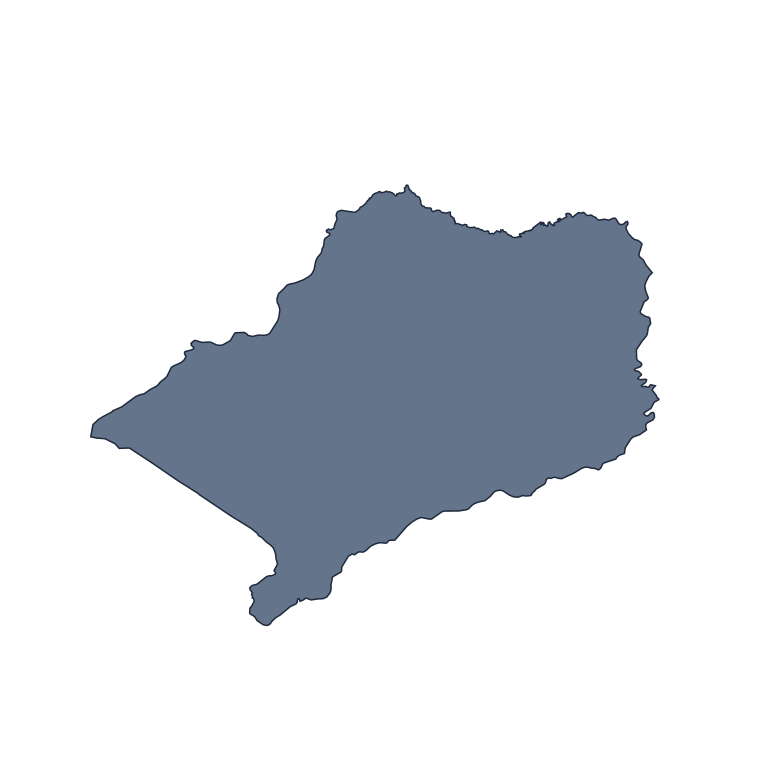 outline of Lacluta, Viqueque, East Timor, rotated 68°
{"feature_id": "22284137B55605414153919", "entity_name": "Lacluta", "entity_type": "district", "adm_level": 2, "iso_a3": "TLS", "parent_name": "East Timor", "parent_adm1": "Viqueque", "projection": "robinson", "projection_center": [126.14, -8.806], "detail": "fine", "context": "isolated", "style": "filled", "palette": "slate", "viewbox_px": 768, "rotation_deg": 68, "n_neighbors": 0, "source": "geoboundaries", "source_scale": "gbopen_adm2", "svg_char_len": 6154}
<svg xmlns="http://www.w3.org/2000/svg" viewBox="0 0 768 768"><g transform="rotate(68 384 384)"><path d="M323.1,675.7L326.5,670.6L330.2,663.3L338.7,655.7L344.5,653.6L347.9,644.2L348.6,643.6L371.2,628.0L396.6,611.2L415.6,597.5L417.7,596.5L449.3,575.1L467.7,561.6L474.9,557.5L477.8,557.0L480.3,554.9L486.4,552.3L490.0,550.0L493.4,548.4L495.6,547.9L501.0,548.2L505.6,549.6L511.0,550.1L515.7,555.8L518.8,555.2L519.6,556.4L519.8,558.4L519.5,560.7L518.8,562.2L518.6,565.2L521.8,575.9L522.0,577.5L521.4,581.4L522.4,584.6L524.4,585.2L528.2,584.3L529.6,585.7L531.4,585.4L532.9,586.3L533.9,585.3L536.8,585.7L540.3,589.8L541.6,592.3L545.8,594.3L546.9,594.3L551.2,591.1L555.8,590.3L561.8,586.3L563.9,583.3L564.2,581.6L563.7,579.2L562.0,576.7L560.2,572.2L559.3,566.8L555.3,554.3L554.9,547.9L553.4,545.8L552.6,545.9L550.8,544.1L551.3,543.1L554.0,543.3L554.1,540.5L553.3,536.5L556.9,532.5L558.5,525.8L560.2,521.0L560.1,516.9L557.6,512.6L556.3,511.2L553.3,509.4L551.1,508.8L543.6,504.1L542.3,494.5L541.0,493.1L538.0,491.9L530.3,481.5L529.7,477.3L531.3,475.2L530.3,471.4L530.4,469.7L532.1,466.2L531.6,462.9L529.3,457.0L529.0,451.8L529.6,447.2L532.1,442.3L532.4,440.9L531.1,438.3L531.0,437.2L532.9,432.6L524.6,416.2L522.4,409.4L521.5,404.0L521.7,399.5L526.6,392.0L527.0,390.3L524.2,378.3L524.3,376.0L529.8,362.0L531.5,354.5L531.4,352.3L529.5,348.1L528.7,344.5L529.0,339.8L530.0,334.1L528.0,327.5L525.4,322.5L525.1,320.5L525.3,318.8L526.1,315.9L527.6,313.7L533.9,309.4L536.6,306.8L537.9,304.8L539.2,302.0L539.4,297.0L540.9,294.7L542.3,290.4L542.1,288.8L540.6,287.5L539.6,284.2L538.5,282.6L536.9,272.9L536.1,271.3L533.4,269.2L533.0,268.2L532.9,266.5L534.0,264.7L534.2,260.9L537.0,257.3L538.4,254.6L537.7,241.2L536.2,231.9L536.5,228.5L537.6,225.9L539.4,223.8L541.3,220.1L544.0,217.3L543.4,214.8L539.6,210.6L540.4,197.1L539.2,195.7L538.2,192.5L538.5,187.1L533.5,184.2L527.5,175.8L526.5,173.2L526.7,165.8L524.9,157.8L521.5,157.3L519.6,156.3L518.6,154.5L518.0,148.1L516.2,145.7L513.2,144.7L511.5,144.8L511.0,145.6L510.8,147.2L512.4,151.1L511.8,152.8L509.8,154.1L508.8,154.2L508.1,153.7L506.6,145.6L502.1,140.3L501.5,135.1L500.6,134.8L499.0,135.8L496.3,135.9L490.2,137.6L489.5,137.2L487.3,133.1L484.5,137.2L486.1,139.8L485.8,140.9L484.3,142.1L482.9,146.0L481.9,145.9L481.6,145.3L480.7,141.1L478.9,139.1L478.2,139.0L477.6,139.7L475.9,144.9L474.1,146.7L473.0,144.9L472.3,142.4L471.5,141.7L468.4,142.9L467.1,143.9L465.5,146.4L464.3,146.4L463.9,145.4L464.0,139.6L462.8,137.8L461.0,137.6L457.2,140.1L455.4,140.3L446.8,137.2L440.8,128.4L437.7,122.6L436.2,121.1L430.5,117.7L427.9,114.2L422.8,112.9L421.6,113.2L419.1,116.4L414.8,119.5L412.9,119.4L405.2,111.9L404.8,109.3L403.7,107.1L402.8,106.6L396.2,106.6L390.5,105.4L387.6,103.0L383.2,97.9L381.4,93.6L371.9,96.5L366.2,97.1L361.5,99.4L359.6,99.2L358.4,98.4L350.9,92.3L347.8,93.5L345.7,95.1L343.9,97.5L341.6,99.0L336.6,100.9L332.1,101.4L329.6,101.0L328.8,100.6L327.5,98.3L326.2,97.5L324.4,97.5L324.4,99.6L325.4,101.4L325.2,104.2L323.8,106.0L317.1,107.3L316.1,109.3L316.4,114.2L313.8,117.8L312.6,123.4L311.0,124.7L308.8,125.3L307.5,126.9L305.2,128.3L303.7,132.9L300.2,134.2L299.4,135.2L299.8,136.2L297.9,139.7L299.9,146.4L299.2,147.2L296.9,147.4L295.3,148.4L294.4,150.4L294.5,151.6L294.9,151.9L297.4,151.9L298.1,158.8L297.2,159.1L296.6,158.7L296.2,159.2L296.5,161.5L296.9,161.7L298.6,160.3L298.9,161.6L298.3,163.7L298.6,165.8L299.3,166.6L300.7,166.4L300.9,167.1L300.3,167.9L297.4,169.6L296.4,170.0L296.1,169.6L295.7,170.1L295.8,170.9L296.5,171.7L298.3,172.6L298.9,173.6L296.7,175.1L296.6,176.4L295.3,176.3L294.9,175.4L294.0,175.9L293.8,176.2L294.6,177.0L295.2,178.6L294.9,178.9L293.2,177.6L292.6,178.0L294.8,186.3L295.2,187.6L296.3,188.4L296.2,189.1L296.7,190.6L296.7,191.2L296.2,191.2L296.1,191.8L296.1,193.4L295.5,195.6L295.7,197.8L296.5,197.5L295.7,202.0L296.5,202.6L298.7,201.5L298.9,202.3L297.8,204.2L297.8,206.4L296.2,209.9L294.0,210.7L293.6,211.5L291.6,213.2L288.3,214.4L287.8,215.8L285.4,216.2L285.5,217.4L285.0,218.0L286.7,218.4L286.9,219.2L285.5,220.3L285.3,221.5L284.3,222.0L285.7,225.6L285.7,226.3L284.8,227.4L284.5,229.4L283.8,230.1L281.5,229.9L280.8,230.7L280.4,233.3L279.9,234.2L277.9,235.3L276.7,237.1L274.9,238.4L274.9,239.6L272.2,241.7L272.2,243.1L270.9,246.2L268.9,248.2L267.4,247.7L266.2,249.6L266.4,251.8L264.7,253.4L262.4,256.4L262.0,257.9L259.8,257.1L259.0,257.8L257.7,257.1L256.5,257.1L255.8,258.1L255.1,257.9L253.1,259.3L249.4,258.2L248.7,262.7L247.5,264.3L247.0,265.9L244.1,267.3L243.3,268.3L242.7,270.0L242.6,273.9L241.4,274.7L239.6,274.9L239.3,274.5L238.4,274.8L236.1,279.6L234.1,280.5L233.3,281.9L230.7,282.3L227.8,281.4L224.1,281.4L221.2,284.0L218.7,284.3L217.1,286.2L214.6,286.7L213.6,287.6L208.7,287.5L208.1,288.4L208.2,289.1L209.5,289.9L210.0,291.7L213.3,292.4L213.8,294.7L213.2,297.4L212.6,298.2L213.0,299.6L212.5,300.6L214.0,301.8L213.9,302.7L210.2,304.5L207.9,306.8L207.6,308.2L206.1,309.5L206.3,312.2L205.8,314.0L205.3,315.1L204.1,315.8L203.8,316.9L204.2,319.0L203.9,321.0L204.4,323.3L206.4,326.1L206.2,327.6L206.6,328.4L207.4,328.2L207.8,330.5L209.7,333.2L211.2,337.6L211.2,339.7L212.8,341.7L213.9,345.8L213.6,347.3L206.9,358.7L206.8,362.5L208.4,364.3L209.8,365.2L213.7,365.8L217.5,369.8L221.0,372.3L221.0,375.8L219.5,377.6L220.1,380.0L221.7,380.2L224.1,378.0L225.6,378.6L227.0,384.2L228.1,385.4L233.3,388.2L235.3,390.5L239.0,393.1L241.8,398.4L244.6,401.3L251.6,405.9L254.1,408.6L255.4,410.8L256.4,414.0L257.2,420.0L257.0,428.6L256.0,434.2L256.0,437.0L258.5,442.0L260.7,447.9L265.0,451.4L268.8,452.5L271.8,452.1L276.2,452.8L282.3,456.2L285.6,458.9L294.4,471.3L294.5,474.6L294.0,476.8L291.6,482.1L290.6,488.3L287.8,492.0L285.6,492.7L283.7,494.5L280.8,502.7L281.3,503.8L286.2,510.2L287.3,518.6L286.9,521.1L285.3,524.4L280.5,528.8L279.7,530.2L277.2,537.3L273.2,542.2L272.7,543.2L272.8,544.4L274.0,547.7L276.0,548.1L279.1,546.7L280.0,547.4L280.3,550.0L279.5,555.5L279.7,556.9L281.5,557.7L284.4,557.3L286.6,559.9L288.1,563.8L288.5,573.2L289.0,575.1L295.2,581.9L296.4,584.0L298.4,590.7L300.2,593.8L300.9,596.2L301.5,602.8L303.2,610.1L302.5,614.4L302.6,618.8L307.0,636.0L307.2,645.4L308.0,646.9L309.0,656.8L309.9,662.1L312.6,669.0L323.1,675.7Z" fill="#64748b" stroke="#1e293b" stroke-width="1.5"/></g></svg>